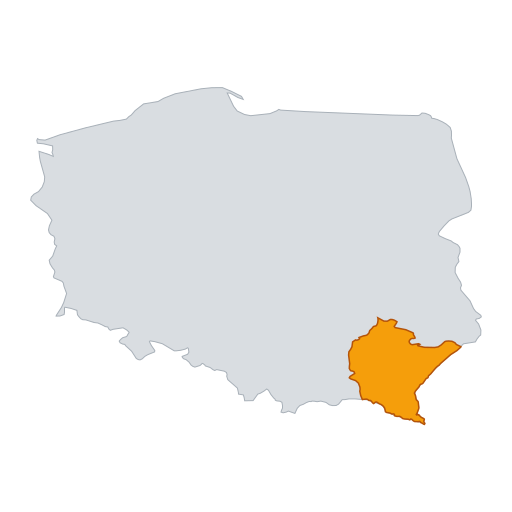 location of Subcarpathian within Poland
{"feature_id": "POL-3152", "entity_name": "Subcarpathian", "entity_type": "Voivodeship", "adm_level": 1, "iso_a3": "POL", "parent_name": "Poland", "parent_adm1": "", "projection": "robinson", "projection_center": [22.333, 49.912], "detail": "fine", "context": "in_parent", "style": "filled", "palette": "amber", "viewbox_px": 512, "rotation_deg": 0, "n_neighbors": 0, "source": "natural_earth", "source_scale": "10m", "svg_char_len": 6224}
<svg xmlns="http://www.w3.org/2000/svg" viewBox="0 0 512 512"><path d="M458.1,278.3L460.6,282.2L461.5,285.3L460.5,287.8L460.9,290.2L470.0,300.8L473.5,308.5L475.7,311.5L480.8,315.3L481.3,316.9L479.3,318.4L476.3,319.0L475.5,320.3L478.6,324.0L480.9,330.0L480.7,335.0L479.1,336.3L476.9,339.2L475.4,341.9L463.5,343.8L460.6,346.7L454.1,352.3L449.6,355.5L443.0,361.3L432.6,371.4L417.4,388.5L414.8,392.5L415.3,395.7L418.1,403.3L418.7,406.8L418.2,409.9L417.3,412.8L417.4,414.0L424.0,419.3L424.2,420.4L423.7,421.8L422.3,422.8L417.2,421.7L411.6,419.5L409.7,419.8L406.7,419.3L394.1,415.1L385.7,411.8L384.9,409.6L383.3,406.5L379.7,403.9L371.5,401.7L368.1,399.9L354.8,398.9L349.0,398.9L344.9,399.6L342.3,399.6L338.6,404.1L336.1,405.5L332.5,405.6L329.3,404.8L326.0,402.4L320.8,401.1L317.1,401.7L314.3,401.2L311.9,401.1L311.1,401.6L309.1,401.5L306.3,402.6L303.3,404.3L299.9,405.5L297.3,408.2L294.9,413.4L288.4,411.1L286.2,412.1L283.1,412.8L281.0,412.1L281.5,410.3L282.5,408.2L282.5,405.4L281.9,402.3L279.9,401.2L276.8,400.9L275.3,400.2L275.1,399.2L273.6,397.9L270.9,394.5L268.5,390.3L266.7,389.0L264.1,391.0L260.2,393.3L257.8,394.1L253.1,400.6L244.7,400.8L244.2,397.8L243.4,394.9L238.5,394.1L238.4,392.4L237.4,388.1L227.8,379.7L226.7,376.1L227.1,374.8L226.5,372.5L224.4,371.2L216.7,369.6L214.7,370.5L212.9,369.6L210.1,367.5L205.3,365.9L204.8,365.0L203.0,363.6L202.1,363.4L201.4,364.3L200.0,365.5L194.9,367.1L192.9,366.4L191.1,365.1L189.1,362.2L186.2,359.7L183.7,358.8L182.4,357.5L182.1,356.4L187.6,354.3L188.9,352.2L188.3,348.3L187.5,347.8L185.3,349.1L180.6,350.3L176.4,350.8L174.2,350.8L162.3,343.7L154.6,341.6L150.0,340.9L149.4,341.7L151.4,345.6L154.8,350.5L154.6,351.9L147.7,354.7L144.8,356.4L142.3,358.8L140.1,359.9L138.3,359.6L136.3,358.5L131.6,351.2L125.5,345.6L124.8,344.4L122.8,344.1L120.1,342.8L119.2,341.1L120.7,339.4L122.7,337.7L126.1,336.7L127.2,335.8L127.8,334.4L129.1,332.5L128.8,331.9L126.5,329.8L123.0,327.8L113.1,329.3L110.3,330.3L108.8,329.0L107.8,327.0L105.3,326.6L101.9,324.8L97.9,323.0L94.0,322.5L85.9,319.9L82.7,319.7L80.9,318.8L79.1,316.9L77.5,314.8L76.9,310.4L70.9,308.4L64.9,307.2L64.5,307.8L64.5,312.2L64.1,314.5L60.0,316.0L56.1,316.1L56.3,315.4L61.4,307.5L63.7,302.6L66.6,293.5L64.0,286.4L63.3,283.0L62.1,281.4L54.0,277.9L53.4,276.7L54.9,272.0L54.3,270.0L52.5,267.9L50.0,263.8L49.2,260.2L52.7,256.1L55.3,248.8L56.7,245.9L54.6,244.3L54.2,242.0L54.9,238.7L53.9,236.2L51.0,234.7L49.2,232.6L48.5,229.9L49.4,225.8L51.9,220.2L47.4,213.5L36.1,205.7L30.7,200.2L31.3,197.0L33.9,194.2L38.5,191.6L42.2,187.1L44.3,181.7L44.7,176.9L40.3,161.2L39.6,157.3L39.0,151.3L49.1,154.6L53.3,156.4L52.8,154.3L52.0,152.5L52.7,149.9L52.6,145.9L43.5,143.8L37.4,143.2L36.8,140.4L37.5,138.6L39.1,139.6L45.1,140.1L60.2,134.7L86.0,127.7L113.6,121.1L120.0,120.4L126.4,119.1L128.9,116.6L131.3,115.0L135.1,110.6L143.6,103.9L158.1,101.5L163.6,98.3L175.1,93.8L201.0,88.8L211.8,87.7L222.4,87.6L231.7,91.5L241.5,96.4L243.2,99.4L237.9,97.5L230.1,93.1L227.2,93.0L233.6,106.3L237.2,111.0L244.5,114.5L250.7,115.7L270.0,113.6L276.8,110.8L278.8,109.4L280.6,110.1L305.6,111.6L392.9,115.1L417.9,115.6L419.5,115.2L422.0,113.0L425.2,113.3L428.8,114.7L430.6,115.7L431.3,116.9L431.8,118.3L433.8,118.5L437.5,119.6L442.5,121.9L446.4,124.2L450.2,127.5L451.4,131.2L451.5,135.4L451.3,138.1L456.9,158.7L465.6,177.6L468.8,186.7L470.1,191.6L471.2,198.6L471.5,203.6L471.5,206.4L470.9,210.2L468.4,212.4L452.0,218.9L448.9,220.9L444.0,226.0L439.6,231.2L438.6,233.0L438.3,234.1L439.3,235.8L445.2,238.6L451.1,240.9L453.1,242.5L457.5,244.7L459.1,246.6L460.0,248.3L460.0,252.1L458.0,257.5L458.9,261.5L456.9,264.2L455.3,267.2L455.1,272.5L458.1,278.3Z" fill="#d9dde1" stroke="#a8b0b8" stroke-width="1"/><path d="M369.4,400.5L369.0,400.5L368.6,400.2L367.7,399.5L367.2,399.3L366.4,399.1L363.1,399.4L362.4,399.6L362.3,399.4L360.7,395.5L359.8,391.3L360.1,389.2L359.9,387.1L358.4,383.1L355.6,380.6L350.7,378.9L349.3,377.8L350.1,376.4L354.7,373.5L354.1,371.8L352.4,371.0L351.0,370.9L350.1,370.0L349.7,369.2L349.3,368.5L349.4,366.2L349.7,363.7L348.6,355.0L348.9,351.8L350.6,349.4L352.0,346.7L352.6,341.9L355.5,339.9L356.4,340.2L357.6,340.0L358.8,339.4L359.6,338.7L359.2,337.8L359.0,337.5L363.4,335.9L366.3,335.3L367.2,334.8L368.6,333.4L369.2,332.5L369.4,331.4L369.8,330.5L371.9,328.5L373.3,326.7L374.0,326.3L375.2,326.1L376.1,325.8L376.8,324.9L377.3,323.9L377.6,323.0L378.0,320.7L378.0,318.6L377.8,317.8L383.9,321.1L387.3,321.2L390.3,319.5L392.1,319.5L393.9,320.0L395.5,320.8L397.0,321.8L396.3,323.3L394.2,326.4L395.1,327.6L405.8,329.7L413.0,332.8L413.4,333.4L413.4,334.1L413.5,334.9L414.6,336.6L415.1,338.0L413.8,338.5L412.4,338.4L411.0,338.8L409.8,340.0L409.1,341.2L409.4,342.6L410.6,344.1L412.2,344.7L418.6,343.7L419.8,344.3L419.1,344.7L417.6,345.0L418.0,345.8L424.3,347.3L434.6,347.5L438.1,346.9L441.1,345.0L444.8,341.6L446.0,341.2L448.6,341.0L452.0,341.3L454.9,342.7L456.4,344.5L461.0,346.7L461.0,346.8L460.4,347.5L456.8,350.7L455.5,351.5L453.0,353.1L450.9,354.4L440.5,363.5L439.1,365.2L437.4,366.3L435.6,368.0L430.6,374.0L428.7,375.6L428.4,376.1L428.1,377.3L427.9,377.7L427.5,378.0L426.6,378.3L426.2,378.5L425.8,379.0L423.0,383.2L422.2,383.8L421.7,384.0L420.7,384.2L420.2,384.6L419.8,385.1L419.0,386.9L415.6,390.8L414.4,393.1L415.3,395.2L415.6,396.0L415.9,398.5L416.1,399.2L416.2,399.5L416.8,400.3L417.8,401.2L418.1,401.6L418.3,402.6L418.9,407.9L418.7,408.8L418.0,410.6L417.3,412.6L416.6,413.9L416.3,414.6L416.6,414.9L416.8,414.8L417.4,414.2L418.2,414.6L417.9,414.7L419.4,415.5L420.8,417.0L421.6,417.5L423.7,418.5L424.3,419.1L424.3,419.6L423.9,420.7L423.8,421.5L424.0,422.1L424.8,423.2L424.8,423.3L424.9,423.5L424.4,424.4L423.5,424.1L422.4,423.3L421.6,422.9L421.1,422.8L420.2,421.8L419.8,421.4L419.3,421.4L418.2,421.7L416.5,421.6L415.5,421.6L414.5,421.5L413.4,420.9L411.7,419.3L410.7,419.0L409.8,419.8L408.2,419.2L404.5,419.0L402.8,418.6L400.5,416.7L399.5,416.3L396.9,416.4L394.8,415.9L394.4,415.6L394.3,415.2L394.4,414.9L394.4,414.5L393.9,414.0L393.6,413.9L392.4,414.0L392.0,414.0L391.4,413.8L389.9,413.0L386.7,412.5L385.4,411.7L385.1,409.8L384.5,407.8L383.1,406.0L381.5,404.7L379.0,403.6L377.3,402.4L376.5,402.0L375.5,402.1L374.7,402.7L374.1,403.3L373.6,403.6L372.9,403.1L371.3,401.2L370.6,400.5L370.1,400.4L369.4,400.5Z" fill="#f59e0b" stroke="#b45309" stroke-width="1.5"/></svg>